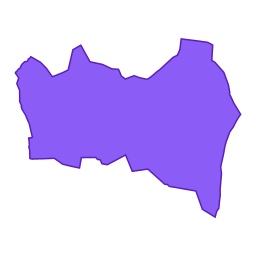 outline of Gbonyin, Ekiti, Nigeria
{"feature_id": "59680162B53652676960042", "entity_name": "Gbonyin", "entity_type": "district", "adm_level": 2, "iso_a3": "NGA", "parent_name": "Nigeria", "parent_adm1": "Ekiti", "projection": "albers", "projection_center": [5.452, 7.587], "detail": "fine", "context": "isolated", "style": "filled", "palette": "violet", "viewbox_px": 256, "rotation_deg": 0, "n_neighbors": 0, "source": "geoboundaries", "source_scale": "gbopen_adm2", "svg_char_len": 1815}
<svg xmlns="http://www.w3.org/2000/svg" viewBox="0 0 256 256"><path d="M80.8,45.2L72.9,49.7L68.2,69.9L63.2,72.4L61.1,73.3L55.6,75.5L52.3,76.7L50.2,73.7L46.4,68.3L40.5,62.3L30.8,56.7L30.5,57.1L30.0,58.0L29.5,58.3L28.8,58.7L28.4,59.0L28.1,59.7L27.9,60.5L27.4,61.0L27.0,61.3L26.2,61.6L25.3,61.5L24.5,62.0L23.4,62.8L22.7,63.5L21.7,64.7L21.1,65.6L20.5,67.1L20.5,67.6L19.8,68.3L18.8,68.9L17.9,69.7L17.1,70.9L16.7,71.5L16.0,71.8L15.4,72.8L15.4,73.1L16.0,74.0L16.5,74.4L17.2,75.6L18.2,77.1L18.7,77.8L16.8,83.6L19.6,90.4L19.7,101.6L21.6,105.8L21.2,106.4L22.0,109.2L25.5,115.0L27.4,119.6L29.2,123.6L32.4,137.3L31.2,137.7L31.1,137.8L30.3,137.9L29.6,137.8L28.7,138.0L28.7,139.2L29.0,139.8L29.1,140.5L29.1,141.5L29.3,144.4L29.4,145.5L29.2,146.0L28.8,146.7L29.0,147.8L29.1,148.2L29.4,148.9L29.6,149.8L29.7,152.3L29.8,154.2L29.8,155.4L29.8,156.9L29.9,158.3L29.9,158.5L31.0,158.9L32.9,159.1L33.6,158.9L34.3,159.0L35.2,158.9L38.6,158.9L39.4,158.7L41.3,158.8L54.2,158.3L62.7,164.2L71.8,166.4L79.5,168.0L81.4,157.6L88.8,157.5L95.8,157.5L97.5,159.5L100.2,159.8L102.0,163.8L107.3,164.7L125.6,155.0L132.3,171.3L147.9,169.1L164.8,184.3L167.2,184.4L169.4,186.4L195.9,191.0L202.4,209.3L215.1,217.1L216.6,211.6L218.8,208.3L219.5,201.1L220.2,195.3L220.1,189.5L220.8,181.6L221.5,173.7L220.7,167.2L221.4,163.6L223.5,154.2L224.9,146.5L224.9,146.3L226.3,141.3L227.4,138.4L227.7,137.7L228.0,136.7L229.8,131.9L233.4,126.8L234.8,123.9L237.6,118.9L240.5,114.5L240.6,114.3L234.0,103.5L229.4,93.6L229.8,92.7L228.4,84.9L223.8,72.3L214.8,62.2L211.8,60.5L212.7,45.0L207.6,42.3L195.8,40.7L181.2,38.9L179.9,49.4L177.4,55.2L172.9,57.5L166.2,63.7L159.3,70.1L157.9,70.9L151.8,76.2L148.0,78.9L146.4,79.2L139.3,77.6L134.1,75.7L125.3,79.0L121.4,76.1L118.5,69.3L112.0,68.9L102.4,64.4L90.0,61.8L80.8,45.2Z" fill="#8b5cf6" stroke="#5b21b6" stroke-width="1.5"/></svg>